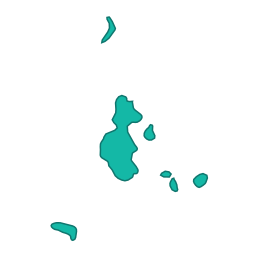 Sulu, Natural Earth projection, rotated 269°
{"feature_id": "PHL-2524", "entity_name": "Sulu", "entity_type": "Province", "adm_level": 1, "iso_a3": "PHL", "parent_name": "Philippines", "parent_adm1": "", "projection": "natural_earth1", "projection_center": [121.056, 5.938], "detail": "fine", "context": "isolated", "style": "filled", "palette": "teal", "viewbox_px": 256, "rotation_deg": 269, "n_neighbors": 0, "source": "natural_earth", "source_scale": "10m", "svg_char_len": 2089}
<svg xmlns="http://www.w3.org/2000/svg" viewBox="0 0 256 256"><g transform="rotate(269 128 128)"><path d="M153.3,116.0L156.7,117.1L159.4,119.3L160.6,122.4L159.1,126.3L157.7,127.2L156.2,127.2L154.9,127.7L154.4,130.0L154.6,133.0L154.0,132.8L148.2,133.7L147.1,134.2L145.6,135.6L141.3,141.0L139.7,142.1L138.0,142.1L136.4,141.2L135.0,139.8L133.7,137.4L133.5,135.4L133.7,133.6L133.6,131.9L129.8,127.3L123.9,127.6L111.5,134.2L108.5,136.4L107.4,136.9L106.1,136.7L105.2,135.8L103.3,132.6L102.6,131.9L96.2,130.6L94.9,131.2L89.4,135.4L86.3,137.1L84.9,137.3L83.1,136.7L82.4,135.9L82.2,134.8L82.3,133.8L82.0,133.0L81.1,132.4L79.2,131.9L78.4,131.2L76.0,127.2L75.3,124.0L76.1,120.8L77.9,117.2L80.5,114.4L86.3,111.5L90.5,108.2L93.9,107.7L95.2,106.8L98.7,101.3L100.0,100.2L101.4,99.8L106.8,100.1L109.7,100.0L112.5,100.2L114.2,101.0L117.6,103.3L119.3,103.8L122.4,105.8L125.9,114.7L128.3,117.2L131.1,116.4L133.6,114.0L136.5,112.4L143.4,116.0L146.8,116.3L153.3,116.0ZM31.9,49.5L33.1,50.3L33.8,51.8L34.3,53.6L34.5,55.1L34.4,58.6L31.1,70.7L30.3,72.4L29.1,73.8L27.6,74.6L25.4,74.7L19.4,73.7L17.6,72.8L16.7,70.9L17.2,69.6L18.8,68.9L20.7,68.7L21.8,67.9L23.1,65.9L24.0,63.7L24.5,62.0L25.0,60.6L27.1,56.6L28.0,52.8L29.1,51.1L30.5,49.8L31.9,49.5ZM73.6,192.6L75.5,192.9L78.1,195.5L80.3,199.0L81.1,202.2L79.3,206.0L76.6,206.5L72.1,204.8L71.0,204.0L69.4,202.0L68.0,199.8L67.4,198.1L68.1,196.3L69.7,194.6L71.8,193.2L73.6,192.6ZM233.0,111.1L237.1,109.0L238.9,108.9L239.3,111.1L238.5,111.8L234.6,114.2L227.8,117.1L226.2,116.6L218.1,110.5L215.0,106.5L213.8,103.3L216.4,103.8L224.4,109.5L228.2,111.2L233.0,111.1ZM128.2,148.8L130.1,149.7L130.9,150.6L130.3,152.4L129.4,152.7L125.1,152.4L119.8,154.7L117.4,154.4L115.6,151.3L115.6,148.7L116.7,146.5L118.3,144.9L119.9,144.0L122.5,144.2L124.8,145.3L126.8,147.0L128.2,148.8ZM73.5,169.6L76.5,171.3L77.0,172.9L75.6,173.3L73.5,174.6L70.3,175.8L67.4,176.1L65.6,176.6L64.2,176.0L63.8,174.1L65.5,171.0L69.4,169.1L71.8,169.0L73.5,169.6ZM80.3,159.8L82.1,160.8L84.1,164.4L83.4,168.2L81.2,170.3L78.3,168.5L78.5,162.9L80.3,159.8Z" fill="#14b8a6" stroke="#0f766e" stroke-width="1.5"/></g></svg>